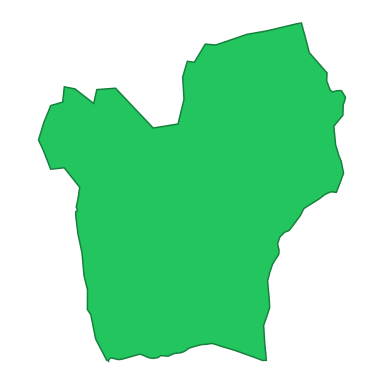 Um Rawaba, North Kordufan, Sudan (Equal Earth projection)
{"feature_id": "16777658B38678989817787", "entity_name": "Um Rawaba", "entity_type": "district", "adm_level": 2, "iso_a3": "SDN", "parent_name": "Sudan", "parent_adm1": "North Kordufan", "projection": "equal_earth", "projection_center": [31.53, 13.161], "detail": "fine", "context": "isolated", "style": "filled", "palette": "green", "viewbox_px": 384, "rotation_deg": 0, "n_neighbors": 0, "source": "geoboundaries", "source_scale": "gbopen_adm2", "svg_char_len": 3229}
<svg xmlns="http://www.w3.org/2000/svg" viewBox="0 0 384 384"><path d="M266.3,360.4L266.3,360.2L266.3,359.8L266.2,359.1L266.2,358.7L265.8,353.9L265.3,348.9L264.7,342.8L264.6,341.1L264.5,340.1L264.4,337.6L264.0,331.8L264.0,331.0L263.6,325.5L267.1,315.5L267.4,314.5L267.7,313.6L269.6,307.9L269.5,303.7L269.3,300.4L269.2,298.2L269.1,297.6L268.8,294.1L268.1,286.9L268.1,286.6L268.1,286.2L268.0,285.3L267.9,284.7L267.9,284.0L267.7,282.6L267.6,281.4L267.6,281.2L267.6,280.9L268.0,279.4L268.1,278.9L268.3,278.1L269.2,274.8L269.6,272.8L271.2,268.3L272.5,264.3L273.7,262.4L275.2,259.7L275.5,259.3L276.0,258.6L276.3,258.1L277.5,256.5L277.9,255.8L278.7,254.4L278.7,254.1L278.8,253.5L279.0,252.7L279.0,252.3L279.0,250.5L279.0,249.8L279.0,249.6L278.8,249.1L277.6,244.2L277.7,243.6L279.8,237.1L284.5,232.3L285.3,232.0L289.1,230.5L292.2,226.5L294.0,224.1L298.7,217.8L300.5,215.3L303.7,208.8L303.8,208.7L306.5,206.8L319.3,198.8L320.6,197.8L325.0,194.4L328.1,193.0L328.7,192.8L331.1,191.8L336.4,192.3L340.8,180.8L342.4,176.3L342.6,176.0L343.6,173.4L343.5,172.9L342.0,165.4L341.3,161.7L340.3,159.2L339.0,156.0L336.4,147.5L335.7,145.1L335.6,144.6L334.3,131.2L333.9,126.2L335.3,124.4L341.2,117.3L342.9,115.3L342.9,115.2L342.9,114.7L343.0,112.6L343.1,109.3L343.1,108.1L343.2,104.8L343.4,104.4L343.7,103.6L344.4,101.7L345.0,99.4L345.5,97.3L345.4,97.1L343.5,94.0L341.8,91.2L341.4,90.6L340.9,90.6L336.9,90.7L333.0,91.8L332.6,91.9L330.3,90.0L330.0,89.8L328.8,86.5L327.3,82.4L326.8,81.2L326.7,80.8L326.7,80.4L326.9,76.9L326.9,76.0L327.1,73.0L327.0,72.9L323.5,68.9L321.8,67.0L320.6,65.6L319.1,63.9L317.7,62.3L316.5,60.9L316.4,60.8L312.9,56.8L311.5,55.2L309.3,52.7L309.1,51.9L308.2,48.4L307.5,45.6L307.1,44.2L307.0,43.6L306.5,41.9L305.8,39.3L305.5,37.9L305.4,37.5L304.5,34.4L304.3,33.4L303.5,30.9L302.6,27.3L301.9,24.9L301.4,23.0L300.7,23.2L299.8,23.3L297.8,23.6L296.6,23.8L284.9,26.6L270.6,30.0L266.2,31.0L247.0,34.3L236.6,37.9L215.7,45.0L205.3,44.1L194.3,62.3L187.4,61.3L185.9,66.1L182.7,77.1L184.0,99.3L178.0,124.0L153.2,128.0L136.3,110.2L123.9,97.1L115.5,88.2L96.8,89.6L93.7,103.5L75.0,88.9L64.3,86.8L62.7,102.1L50.7,105.6L48.9,110.2L43.9,122.3L43.8,122.9L43.7,123.0L38.5,140.0L42.4,148.3L42.5,148.6L43.4,150.5L50.0,167.4L50.7,169.2L50.8,169.2L64.2,167.8L79.8,187.4L78.9,192.0L78.6,195.0L77.2,202.9L76.2,207.0L77.0,208.7L77.4,209.8L77.1,211.0L76.1,211.3L75.6,212.4L76.1,219.0L78.0,234.0L78.2,234.9L78.2,235.0L82.0,252.9L83.9,274.1L84.0,275.4L87.5,289.9L87.4,309.7L87.5,309.8L90.8,314.6L95.7,339.1L104.8,356.6L106.7,360.2L108.4,360.9L108.5,361.0L108.5,360.9L108.5,360.7L109.4,358.9L110.9,357.8L111.2,357.9L112.2,358.1L118.1,359.6L121.5,359.3L124.5,358.5L126.0,358.1L127.4,357.7L135.0,355.5L138.2,354.6L139.8,354.3L140.9,354.3L141.6,354.7L143.0,355.2L143.4,355.4L148.9,357.7L153.0,358.4L154.1,358.2L157.3,357.7L158.3,357.3L159.3,356.6L160.6,355.7L161.5,355.6L168.0,356.2L174.3,353.5L181.0,352.7L184.4,351.4L189.2,348.1L194.6,346.4L198.2,345.4L199.3,345.2L201.6,344.6L207.2,344.2L209.3,343.8L211.9,343.4L218.0,345.2L219.1,345.6L222.1,346.6L230.3,349.0L235.5,350.6L243.0,353.3L246.6,354.6L248.1,355.1L251.6,356.4L252.4,356.6L254.8,357.5L259.7,359.4L262.7,360.5L264.1,360.4L265.1,360.4L266.3,360.4Z" fill="#22c55e" stroke="#15803d" stroke-width="1.5"/></svg>